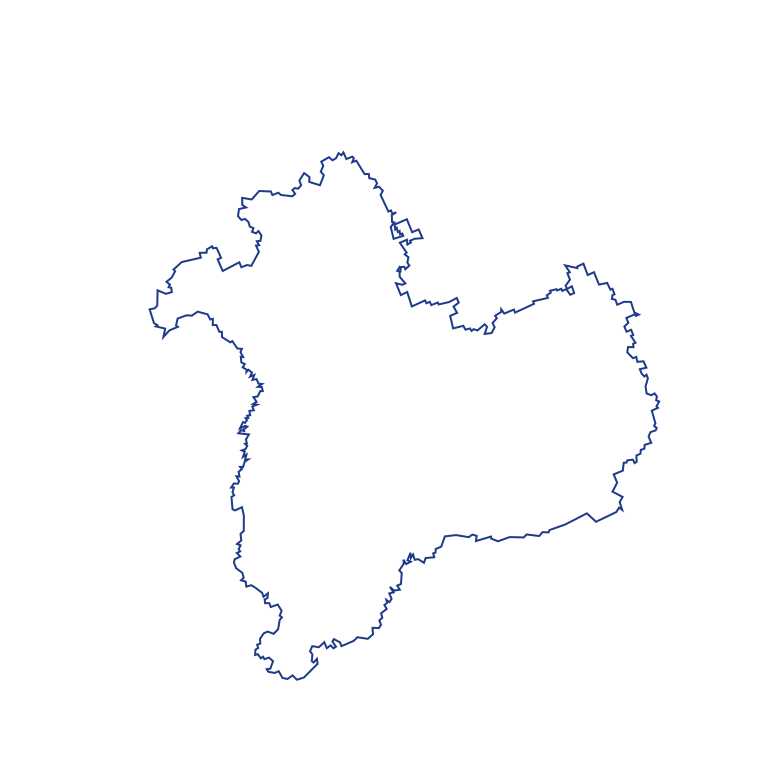 Upper Lachlan, New South Wales, Australia (Mercator projection), rotated 238°
{"feature_id": "25037944B54834386088268", "entity_name": "Upper Lachlan", "entity_type": "district", "adm_level": 2, "iso_a3": "AUS", "parent_name": "Australia", "parent_adm1": "New South Wales", "projection": "mercator", "projection_center": [149.525, -34.419], "detail": "fine", "context": "isolated", "style": "outline", "palette": "blue", "viewbox_px": 768, "rotation_deg": 238, "n_neighbors": 0, "source": "geoboundaries", "source_scale": "gbopen_adm2", "svg_char_len": 6166}
<svg xmlns="http://www.w3.org/2000/svg" viewBox="0 0 768 768"><g transform="rotate(238 384 384)"><path d="M222.5,131.1L221.8,133.8L216.6,134.2L216.9,136.9L214.0,136.8L212.9,141.5L207.7,143.0L202.8,136.7L204.3,133.4L201.2,133.4L196.9,138.2L196.2,142.5L188.5,142.2L185.0,145.8L185.3,152.1L179.4,153.4L177.5,160.5L181.9,179.4L186.5,181.4L185.1,176.7L187.3,175.9L192.6,180.0L196.5,179.6L199.7,184.2L195.3,189.3L196.7,196.5L190.3,195.5L190.6,200.2L186.6,201.1L186.7,204.1L192.9,203.8L194.2,206.3L188.2,209.8L184.2,209.0L182.2,222.4L183.4,227.2L176.5,235.2L177.6,242.0L183.3,245.1L179.7,250.3L181.4,253.9L186.0,254.8L186.6,258.6L191.1,260.1L191.8,267.1L196.3,267.2L196.8,270.8L199.7,271.6L196.1,273.1L197.8,276.6L203.6,277.5L202.2,281.7L208.8,281.5L203.4,283.2L201.2,288.4L206.0,288.4L205.4,292.4L214.3,298.9L217.8,298.1L221.2,305.6L224.7,307.4L219.6,307.4L219.1,312.5L222.1,310.5L226.8,317.0L222.2,314.6L224.0,318.3L218.6,316.9L217.4,320.2L211.2,323.1L214.3,327.1L210.5,334.8L214.3,336.0L213.8,338.4L216.7,340.5L215.7,346.3L222.5,354.9L217.7,365.0L209.2,374.7L209.4,379.2L206.1,382.1L202.1,378.8L197.9,393.9L196.1,393.0L190.2,397.3L187.6,409.4L179.8,421.3L180.9,425.1L172.8,435.1L174.4,439.9L171.0,444.8L172.4,447.2L168.8,463.4L166.8,487.5L154.8,490.8L152.3,513.1L154.6,517.8L151.0,519.3L158.9,521.3L161.8,526.5L171.6,520.7L176.7,529.4L185.6,530.9L184.0,540.6L190.2,545.6L188.9,548.0L190.3,550.0L187.9,555.0L184.1,554.6L184.1,557.0L189.6,560.2L189.0,564.6L192.1,566.9L191.1,570.4L194.2,572.8L192.5,579.5L199.2,580.5L202.0,584.5L200.7,589.8L202.1,592.0L205.3,590.8L206.8,593.3L219.5,597.0L218.6,603.7L220.7,603.3L223.3,608.1L226.0,606.2L228.8,608.8L232.6,608.5L232.8,604.8L236.8,601.7L243.3,604.5L249.0,610.8L252.8,611.5L252.4,608.8L256.2,608.0L261.0,608.8L258.8,615.2L265.7,616.1L268.6,610.6L273.3,612.3L274.0,608.8L282.0,607.1L286.0,610.5L283.0,615.1L286.1,616.6L285.7,619.1L293.9,618.9L293.5,621.3L299.0,622.3L299.8,617.4L305.4,618.3L306.4,623.6L311.6,624.5L310.1,634.0L308.3,633.7L307.8,636.9L312.0,634.2L322.7,636.9L326.5,631.1L327.6,623.8L332.8,624.9L335.3,622.4L338.3,624.8L337.9,627.0L343.7,628.2L344.0,626.0L351.5,626.8L354.3,619.0L367.5,621.3L368.5,614.5L380.4,616.9L381.2,610.1L379.8,609.4L388.6,600.5L380.3,600.8L380.8,598.2L373.9,597.0L371.2,590.2L367.6,589.6L367.3,595.1L360.4,593.5L361.0,589.2L367.8,588.9L368.5,584.5L370.8,584.8L371.6,580.3L373.0,580.5L375.1,574.2L373.1,573.8L372.9,569.1L370.2,568.6L375.1,554.2L372.5,553.7L375.1,533.0L378.3,533.6L380.0,523.3L385.2,523.0L383.0,521.5L383.0,514.4L380.0,514.5L378.2,508.4L373.5,507.9L370.2,502.2L373.1,495.9L377.9,501.7L381.3,501.0L379.9,491.6L383.0,489.1L382.6,486.4L385.6,486.3L386.9,481.9L391.3,482.1L394.5,472.1L406.7,476.2L405.6,483.7L412.8,484.0L413.4,490.5L418.4,491.3L419.0,482.6L422.5,472.5L424.5,472.9L425.9,465.9L429.4,466.4L430.0,462.7L433.1,463.2L435.0,448.7L449.7,452.4L450.5,445.4L463.1,447.6L458.5,452.0L458.0,455.4L466.5,454.1L471.4,456.9L473.0,455.2L474.8,459.1L472.2,458.7L474.2,460.3L472.7,463.3L470.0,462.9L471.0,468.3L474.5,468.1L478.6,471.9L482.9,470.3L483.4,472.8L495.4,472.3L494.2,479.9L489.9,477.7L489.7,481.8L491.7,482.0L490.9,487.0L487.3,493.9L496.7,495.3L497.8,488.3L511.6,490.7L513.6,477.4L509.1,475.5L509.7,477.5L505.5,476.3L505.5,478.3L502.4,476.9L501.9,479.2L499.4,478.8L502.0,469.1L513.6,472.9L515.5,478.4L517.1,476.7L523.1,480.1L523.1,485.4L523.8,481.3L527.5,481.9L527.9,479.1L546.1,481.3L548.6,485.5L554.0,484.2L555.3,480.0L557.8,484.4L562.0,484.9L566.4,480.6L570.2,482.4L572.3,478.8L588.1,478.8L588.9,474.6L591.5,478.1L593.6,477.6L594.7,471.3L601.9,472.3L600.6,469.1L603.8,467.7L600.9,463.0L601.0,458.9L605.5,457.5L605.8,448.6L601.2,448.1L597.6,442.9L592.9,443.6L586.5,435.0L595.0,427.7L599.0,430.5L605.2,428.0L601.4,420.1L596.5,419.1L595.1,414.9L597.5,412.1L597.0,409.1L592.3,409.4L591.8,405.7L599.0,396.7L602.2,395.8L603.4,389.5L607.2,390.1L613.8,380.4L610.6,369.6L617.0,362.4L611.0,358.7L606.8,360.6L609.2,353.7L603.6,349.1L598.6,350.0L597.7,353.6L593.2,354.9L588.6,353.6L585.3,355.9L583.0,352.7L579.6,355.3L580.2,358.6L575.0,358.8L570.9,355.1L572.5,351.8L567.9,351.6L569.2,348.8L562.4,348.0L554.5,334.1L557.5,330.8L558.6,324.9L563.9,325.8L565.3,307.1L577.9,309.0L577.3,312.6L583.0,313.5L588.2,314.1L589.8,310.8L591.9,311.2L592.0,305.1L589.4,303.1L592.9,297.2L588.2,295.6L594.6,277.1L592.6,266.1L590.3,266.6L586.7,260.3L586.0,253.7L581.7,255.1L580.2,252.6L578.4,254.6L574.4,252.8L576.0,246.9L583.4,241.6L570.7,233.3L569.7,229.7L571.5,224.8L557.6,221.2L554.0,223.0L553.8,221.0L546.9,227.8L540.7,221.8L543.2,230.4L541.7,239.5L543.8,238.6L548.9,243.7L546.9,252.8L543.8,257.3L544.1,264.3L536.6,271.3L530.8,270.8L530.0,273.4L524.7,270.0L522.8,273.1L515.5,272.0L514.2,274.2L509.6,271.5L500.7,275.8L500.8,278.1L491.8,278.5L489.1,282.1L487.1,279.2L481.5,278.8L483.0,277.0L477.9,274.5L474.7,276.5L473.0,273.0L468.8,275.1L467.1,273.7L468.0,276.5L463.6,278.1L461.2,274.3L460.4,278.8L457.2,274.6L455.7,278.5L450.7,277.8L448.6,280.6L448.4,275.6L446.0,278.8L442.3,277.4L443.5,275.4L440.4,270.2L442.0,266.3L436.4,266.5L436.4,262.3L433.8,265.3L434.7,260.4L430.7,259.7L432.5,255.6L428.4,253.9L429.6,251.1L427.1,250.8L428.4,248.5L425.9,248.6L424.7,245.6L426.4,244.3L422.6,238.2L422.0,244.3L420.2,245.4L419.9,241.1L418.2,240.5L420.5,238.5L419.4,234.4L412.8,242.7L410.0,237.4L406.4,236.3L406.9,234.4L404.1,235.3L402.2,232.2L403.0,228.3L400.3,230.1L396.9,225.8L397.0,229.9L393.5,226.2L392.0,228.8L391.9,224.6L388.3,220.6L389.9,218.1L387.2,218.5L386.5,214.1L382.1,212.4L383.9,209.9L378.3,209.6L376.9,207.2L379.2,204.0L377.2,199.5L375.7,201.8L372.5,198.1L369.0,198.0L369.1,194.8L358.1,189.2L355.8,190.6L354.7,198.3L346.3,195.2L333.7,187.2L332.9,182.9L326.9,180.0L326.2,174.6L323.2,176.9L321.0,173.3L318.3,173.3L318.7,169.7L313.8,170.7L314.5,164.6L312.1,162.1L306.1,161.0L298.9,163.8L294.0,162.3L293.2,158.8L289.8,162.0L285.1,159.9L283.7,164.8L278.9,167.2L271.3,170.0L267.4,169.0L268.0,174.6L264.2,171.8L264.5,168.6L261.1,167.0L258.9,170.6L254.9,169.8L253.3,177.0L245.9,177.0L242.8,172.8L240.2,173.8L239.1,170.4L232.2,164.3L230.6,158.1L235.7,154.1L236.3,149.8L233.5,143.7L229.4,141.5L230.1,138.3L226.8,137.4L226.8,134.2L222.5,131.1Z" fill="none" stroke="#1e3a8a" stroke-width="2"/></g></svg>